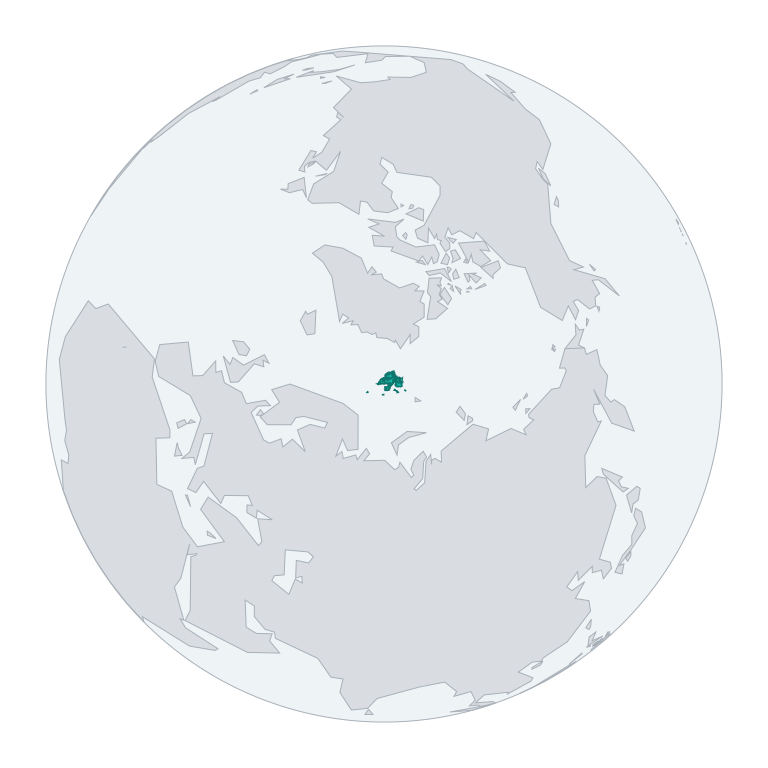 Svalbard on an orthographic globe, rotated 67°
{"feature_id": "NOR-901", "entity_name": "Svalbard", "entity_type": "Territory", "adm_level": 1, "iso_a3": "NOR", "parent_name": "Norway", "parent_adm1": "", "projection": "orthographic", "projection_center": [18.37, 77.559], "detail": "fine", "context": "on_globe", "style": "filled", "palette": "teal", "viewbox_px": 768, "rotation_deg": 67, "n_neighbors": 0, "source": "natural_earth", "source_scale": "10m", "svg_char_len": 16900}
<svg xmlns="http://www.w3.org/2000/svg" viewBox="0 0 768 768"><g transform="rotate(67 384 384)"><circle cx="384" cy="384" r="338" fill="#eef3f6" stroke="#a8b0b8"/><path d="M48.9,340.4L48.4,347.6L51.8,336.2L53.4,327.7L53.1,322.2L61.1,292.6L67.7,279.5L111.5,195.7L120.2,186.3L126.9,183.9L174.5,153.8L138.6,169.4L150.8,158.7L166.7,149.3L165.3,153.3L186.0,146.5L201.5,137.7L228.1,136.6L248.6,153.9L239.1,156.2L245.1,160.3L257.4,157.8L264.0,155.2L301.5,167.7L342.8,165.0L354.2,154.8L353.0,164.5L373.5,139.4L394.8,133.0L371.7,146.0L370.0,151.8L385.0,150.2L386.6,155.9L394.8,158.5L395.3,165.5L381.8,172.8L381.9,177.6L392.5,176.2L399.7,182.6L384.1,183.8L395.2,195.1L374.5,209.9L332.3,208.5L321.7,223.4L280.5,240.0L285.2,244.7L272.5,254.3L273.1,263.3L265.3,264.0L272.6,270.7L279.6,268.3L285.1,270.5L286.1,275.7L276.3,277.5L274.4,275.1L272.0,278.3L266.7,277.0L269.9,280.6L257.9,282.2L271.2,288.4L262.8,296.2L254.5,295.2L253.6,285.1L232.3,258.7L223.6,255.0L212.2,259.6L194.2,289.4L185.3,289.7L174.5,297.5L180.1,301.8L190.6,297.4L198.3,307.7L210.2,301.2L215.1,304.6L228.0,302.2L227.8,313.6L220.6,326.0L209.9,328.6L206.4,334.2L218.0,340.8L199.5,354.6L189.6,379.6L184.6,382.2L172.3,370.5L168.7,347.3L152.8,333.0L164.8,353.5L152.1,359.9L150.7,365.7L152.4,372.1L157.9,374.1L153.9,378.8L140.5,360.0L143.9,355.4L148.2,361.4L146.4,350.6L137.3,338.4L131.6,342.8L123.9,320.4L119.7,323.3L115.7,320.2L122.8,317.0L109.8,322.5L99.8,298.6L81.8,307.6L97.6,287.8L102.2,274.6L106.1,259.4L103.0,260.5L112.3,239.5L113.7,223.3L103.9,221.4L92.4,232.1L83.1,254.8L85.1,259.4L81.0,275.6L73.7,269.7L64.9,299.8L59.9,301.7L55.9,312.8L54.0,326.9L51.3,343.5L52.9,351.5L54.0,367.6L50.3,372.1L53.8,378.2L52.4,390.1L56.8,425.4L55.5,423.6L58.6,458.5L67.9,492.9L70.1,503.5L68.4,501.6L73.0,513.3L73.1,514.7L96.7,560.6L113.2,585.8L114.5,587.9L100.8,568.3L88.5,547.9L77.7,526.6L68.3,504.6L60.6,482.1L54.5,459.0L50.0,435.5L47.2,411.8L46.1,388.0L46.7,364.1L48.9,340.4ZM350.9,49.9L352.1,50.8L346.2,50.9L350.9,49.9ZM356.4,51.0L355.2,50.8L356.9,50.9L356.4,51.0ZM359.9,50.9L357.4,51.0L360.3,50.8L359.9,50.9ZM364.8,50.7L362.2,50.9L362.5,50.8L364.8,50.7ZM77.0,308.0L67.4,345.0L68.0,326.2L68.7,329.2L72.2,319.3L77.0,302.2L78.9,286.2L77.0,308.0ZM372.1,50.9L374.0,51.0L371.6,51.2L372.1,50.9ZM83.6,319.6L84.8,313.5L84.3,319.2L83.6,319.6ZM266.8,153.1L257.5,157.2L245.8,157.5L253.3,153.4L266.8,153.1ZM289.2,154.0L285.3,157.3L279.0,152.1L283.2,151.8L289.2,154.0ZM362.0,146.4L354.1,148.1L361.2,144.6L362.0,146.4ZM395.8,157.6L397.5,155.4L401.0,157.7L395.8,157.6ZM227.3,296.2L227.6,299.1L225.0,298.0L227.3,296.2ZM232.5,292.5L229.3,289.1L231.3,286.8L233.3,288.9L232.5,292.5ZM405.1,170.6L410.2,175.2L402.7,171.8L405.1,170.6ZM236.0,297.2L235.3,283.2L239.0,279.3L249.4,284.2L236.0,297.2ZM411.6,178.6L424.1,189.7L429.0,185.6L422.2,203.6L413.8,188.1L403.8,184.6L410.6,183.1L411.6,178.6ZM281.4,265.4L273.9,268.1L279.2,261.0L281.4,265.4ZM283.4,260.3L291.7,235.9L303.1,234.7L298.0,243.0L312.2,237.6L313.7,249.0L306.3,254.5L298.6,253.0L305.0,258.5L283.4,260.3ZM416.5,211.9L417.5,215.8L413.8,213.2L416.5,211.9ZM287.7,270.9L288.3,266.0L298.4,264.5L298.9,274.0L295.5,271.4L287.7,270.9ZM315.1,230.8L322.6,231.4L325.9,240.8L329.3,242.3L314.7,249.1L315.1,230.8ZM293.7,274.4L298.9,278.9L295.1,284.4L287.8,275.6L293.7,274.4ZM300.7,260.1L305.5,259.9L303.0,263.1L300.7,260.1ZM284.5,306.6L285.1,300.6L290.3,299.3L284.5,306.6ZM301.1,280.2L302.4,278.3L304.5,277.2L307.0,281.2L301.1,280.2ZM318.1,255.3L317.9,259.1L324.2,253.0L327.0,259.8L316.7,263.2L322.3,264.6L323.1,266.8L313.8,267.2L318.1,255.3ZM316.0,281.9L303.9,288.7L301.8,300.0L297.0,301.5L301.4,283.1L316.0,281.9ZM315.5,273.2L314.8,278.9L309.3,277.7L306.4,273.1L315.5,273.2ZM332.5,263.3L330.9,251.9L333.2,251.6L332.5,263.3ZM316.5,285.4L319.4,283.7L316.9,286.3L316.5,285.4ZM328.8,270.3L327.9,266.3L330.6,266.0L328.8,270.3ZM325.9,283.7L322.0,285.8L319.9,282.7L325.9,283.7ZM328.1,277.7L331.9,278.3L321.5,280.3L327.3,276.0L328.1,277.7ZM331.4,270.7L332.7,269.3L331.4,272.5L331.4,270.7ZM336.0,294.3L323.4,297.5L318.8,290.6L331.7,288.4L336.0,294.3ZM355.9,720.7L356.7,720.8L354.1,719.8L327.8,710.7L333.7,705.9L326.3,701.9L311.2,699.9L302.5,694.3L293.2,691.9L234.5,673.3L215.9,658.8L191.9,623.7L202.0,619.8L202.6,606.6L271.2,585.5L287.1,594.7L342.6,599.0L349.8,602.1L344.8,615.1L387.7,632.3L399.7,621.3L437.1,625.1L461.0,619.3L466.8,592.6L427.7,601.8L419.4,590.1L449.6,571.9L483.6,562.8L481.5,558.0L458.7,552.9L465.3,539.9L450.7,550.0L457.6,553.9L448.6,560.4L441.8,557.3L444.4,552.7L433.8,552.6L424.2,574.5L430.2,580.9L403.1,588.1L410.4,599.5L403.5,605.7L388.7,588.8L389.2,581.8L362.5,561.2L359.6,569.1L384.5,589.2L377.3,587.8L373.5,599.1L370.7,589.4L344.2,565.8L319.0,566.8L289.0,588.4L273.8,585.8L260.1,575.0L268.9,547.8L301.9,556.7L305.4,547.6L297.0,529.9L307.7,534.3L308.3,528.3L320.5,530.4L336.1,518.3L348.3,518.5L352.7,499.4L359.5,497.0L355.0,508.9L358.3,517.4L388.4,516.7L393.8,512.4L394.2,500.1L402.4,501.6L399.0,489.9L415.5,482.9L392.5,481.7L392.4,467.6L401.4,455.8L397.3,451.0L382.6,470.4L380.5,478.3L385.2,485.5L375.8,507.4L365.8,510.8L360.1,487.3L345.3,489.6L347.3,470.6L385.7,429.5L402.5,420.0L434.0,433.5L431.0,443.6L418.3,443.7L431.6,456.5L429.8,449.2L436.6,450.6L438.3,437.8L443.2,438.2L436.3,425.4L442.6,424.5L446.8,432.6L454.5,413.2L467.0,407.7L466.4,403.2L462.2,399.9L480.8,395.4L479.5,392.2L472.9,392.5L466.1,386.5L461.2,374.2L467.9,373.3L470.6,377.6L486.2,385.4L492.3,397.3L494.5,395.7L490.9,385.2L471.8,375.6L467.0,368.5L476.6,371.6L472.7,369.9L472.4,366.1L478.4,361.6L468.1,357.6L455.8,317.8L466.2,305.3L476.1,312.3L474.6,284.4L486.4,273.0L480.3,273.2L475.5,260.2L471.7,263.6L468.4,262.7L454.3,231.6L456.1,223.8L443.1,211.1L440.0,211.2L437.9,216.3L422.2,203.6L429.0,185.6L435.8,186.1L435.5,174.6L451.0,177.6L463.7,174.9L480.9,185.1L489.4,182.2L488.3,178.1L499.0,171.3L525.1,172.1L509.0,189.7L470.9,193.1L486.9,193.2L484.7,198.7L491.4,202.2L502.6,201.9L502.9,198.4L528.4,227.1L558.2,238.8L552.5,224.0L557.5,216.4L586.5,217.9L629.4,254.2L636.5,245.3L642.6,246.6L649.0,258.2L640.3,256.6L639.1,266.0L633.2,263.5L640.6,281.9L632.4,279.1L642.1,295.0L647.7,291.8L644.3,276.4L656.2,291.7L663.5,280.0L673.7,282.6L692.9,316.0L698.3,344.5L700.6,347.5L697.9,356.2L701.7,372.9L712.6,361.7L714.9,364.6L717.6,391.4L716.3,390.1L709.3,413.3L713.3,424.1L718.9,407.9L721.0,406.2L719.0,420.5L716.3,423.0L713.7,431.1L710.6,423.5L701.1,424.1L698.9,441.6L695.4,437.3L682.1,444.6L676.8,469.3L670.8,513.3L676.1,525.9L671.4,541.4L650.6,545.1L639.5,537.0L633.1,547.4L610.8,552.1L575.7,583.3L569.6,581.8L563.3,589.4L547.4,594.2L537.7,590.1L528.6,596.2L554.0,605.9L563.7,599.0L570.3,584.6L575.7,589.7L590.9,585.2L577.8,614.5L523.9,659.6L517.0,651.0L467.5,629.3L468.1,624.0L467.8,623.4L467.1,622.6L464.3,631.8L455.2,625.4L483.4,646.9L488.9,656.2L523.2,660.6L520.4,663.5L531.0,661.9L562.8,640.3L563.3,643.5L549.3,665.4L503.8,697.3L508.9,697.9L508.3,698.2L483.9,706.8L458.8,713.5L433.4,718.3L407.6,721.1L381.8,721.9L355.9,720.7ZM249.4,606.3L248.0,610.5L249.4,606.3ZM521.2,564.1L540.5,553.8L528.9,541.9L535.3,537.0L529.0,534.8L528.0,541.1L512.1,533.6L519.3,523.3L515.5,516.5L508.8,519.7L498.1,539.7L520.7,550.5L517.6,559.9L521.2,564.1ZM57.0,426.4L57.1,431.5L56.0,425.9L57.0,426.4ZM65.6,325.0L64.7,332.3L63.4,336.6L63.6,331.3L65.6,325.0ZM64.6,385.6L64.8,394.2L63.5,385.9L64.6,385.6ZM66.4,350.8L64.3,378.8L61.9,363.3L63.6,345.6L63.9,356.9L66.4,350.8ZM78.8,318.3L77.8,323.0L76.4,322.4L78.8,318.3ZM83.1,323.8L83.2,322.1L84.8,319.4L83.1,323.8ZM152.9,360.9L153.8,362.6L154.4,369.2L151.9,366.6L152.9,360.9ZM170.9,396.4L164.1,403.2L167.2,396.4L162.2,393.9L162.6,376.8L182.1,382.6L173.2,382.9L170.9,396.4ZM168.4,355.8L166.0,365.8L167.9,354.7L168.4,355.8ZM299.5,493.9L304.2,499.5L300.3,505.9L284.8,506.3L290.3,496.8L299.5,493.9ZM311.8,505.9L310.3,482.7L319.9,481.8L314.8,486.2L321.2,487.9L314.7,495.5L325.2,517.4L322.5,524.6L295.4,521.0L305.8,518.1L300.6,512.8L311.8,505.9ZM289.9,427.3L289.4,417.8L310.7,428.0L308.7,435.7L293.2,436.4L286.4,427.7L289.9,427.3ZM254.6,308.9L253.1,304.9L255.8,304.4L259.3,307.3L254.6,308.9ZM284.4,303.9L264.3,325.5L261.5,322.1L253.1,339.1L242.5,336.7L248.2,325.7L233.8,336.8L234.7,326.0L225.7,334.5L239.7,310.3L240.0,301.2L243.7,312.2L253.5,314.6L257.8,312.9L270.3,301.2L275.7,283.0L286.3,282.6L292.3,287.2L292.6,291.5L285.7,290.4L291.1,297.0L281.2,298.6L284.4,303.9ZM357.0,344.2L348.7,340.5L358.0,355.1L348.2,356.4L349.9,358.0L343.3,363.3L338.4,372.5L333.7,371.6L333.8,375.6L329.5,379.3L328.0,384.5L319.1,384.8L316.6,391.3L313.8,387.7L311.9,398.9L309.4,390.7L303.5,394.8L309.1,400.5L264.7,390.0L248.1,392.3L235.6,398.8L232.9,384.1L242.9,368.9L259.2,355.7L275.6,355.8L271.4,349.3L278.0,347.4L278.5,353.3L281.7,343.2L287.2,343.3L301.7,332.1L302.7,317.7L308.0,313.4L310.4,319.1L314.0,310.8L322.1,318.7L326.1,315.8L338.1,320.9L340.4,333.8L344.7,329.6L353.9,333.4L357.0,344.2ZM339.2,296.0L344.2,310.9L341.3,319.0L321.7,306.8L316.9,308.3L304.2,301.1L308.8,289.5L312.0,292.7L316.1,293.0L313.1,296.5L318.6,294.0L323.2,298.2L328.8,297.5L328.9,302.5L339.2,296.0ZM357.1,597.3L362.5,598.2L370.8,597.8L368.5,605.0L357.1,597.3ZM338.8,581.6L343.5,581.1L344.4,590.9L338.8,590.0L338.8,581.6ZM345.4,572.7L343.7,580.3L341.3,575.7L345.4,572.7ZM359.3,507.8L364.3,506.6L365.1,509.4L362.7,513.6L359.3,507.8ZM382.3,388.4L378.1,384.8L379.4,382.8L375.6,371.1L382.6,369.3L387.6,375.7L382.3,388.4ZM460.6,599.0L454.2,605.6L450.4,604.2L453.3,602.2L460.6,599.0ZM409.5,608.3L421.5,610.0L408.7,610.2L409.5,608.3ZM389.3,384.5L386.9,379.8L391.9,381.8L389.3,384.5ZM387.5,367.4L393.2,368.6L383.0,367.7L387.5,367.4ZM718.7,430.8L711.7,451.4L714.5,439.4L720.9,409.9L720.6,413.3L720.8,411.7L718.7,430.8ZM721.9,379.9L721.9,380.1L721.6,374.0L721.3,365.5L715.5,325.3L714.4,315.5L717.3,328.7L716.8,325.5L720.5,352.6L721.9,379.9ZM677.4,525.3L683.9,523.3L680.7,530.6L677.4,525.3ZM709.7,307.0L714.4,323.4L709.0,307.1L709.7,307.0ZM704.5,295.9L706.0,296.6L705.5,300.6L704.5,295.9ZM703.9,349.9L704.4,359.3L702.8,358.5L701.1,345.9L703.9,349.9ZM681.5,285.1L687.8,288.4L690.1,291.2L687.3,293.4L681.5,285.1ZM445.4,364.0L442.9,382.2L445.7,394.4L454.5,399.8L441.0,400.1L436.7,381.3L445.4,364.0ZM453.9,323.5L446.1,319.1L450.0,316.0L452.4,316.6L453.9,323.5ZM448.8,324.4L438.2,328.6L434.2,322.8L443.3,320.7L448.8,324.4ZM413.9,356.8L412.6,362.3L408.6,360.5L413.9,356.8ZM705.6,280.8L707.0,288.1L709.9,298.2L702.4,276.3L702.5,272.8L705.6,280.8ZM704.2,283.6L707.2,293.0L703.1,282.2L704.2,283.6ZM707.0,294.3L705.5,293.5L704.1,287.1L707.0,294.3ZM703.1,279.3L699.7,274.8L700.5,273.1L703.1,279.3ZM701.7,292.6L701.5,281.0L704.6,298.5L697.0,294.0L695.1,285.9L701.7,292.6ZM642.4,228.9L638.6,229.6L634.8,222.3L638.5,223.8L642.4,228.9ZM618.6,199.6L632.5,220.6L643.0,238.1L643.2,233.4L651.9,239.1L647.6,245.0L635.0,231.4L628.4,218.5L620.5,215.2L611.4,205.2L602.9,205.6L596.7,201.0L602.4,196.8L618.6,199.6ZM599.4,206.4L581.1,204.2L577.0,191.3L580.1,188.9L590.2,195.3L591.8,201.7L599.4,206.4ZM575.5,199.9L576.8,206.1L552.8,217.3L546.7,216.5L562.8,200.9L564.9,206.0L571.5,205.6L575.5,199.9ZM420.8,214.5L417.8,215.7L419.0,212.4L420.8,214.5ZM466.5,264.9L462.2,263.2L463.7,259.3L466.5,264.9ZM451.1,256.4L452.4,261.9L448.3,256.4L451.1,256.4ZM455.7,274.4L451.5,264.3L459.5,273.4L455.7,274.4Z" fill="#d9dde1" stroke="#a8b0b8" stroke-width="1"/><path d="M386.6,377.6L385.6,377.7L385.4,378.0L385.5,378.3L384.7,378.7L384.8,379.2L384.7,379.7L384.9,380.0L384.7,380.3L384.9,380.8L384.5,381.2L384.0,381.3L384.2,381.5L384.0,382.0L384.1,382.7L383.9,383.9L383.9,384.2L383.0,384.7L382.6,387.0L382.3,387.0L382.6,387.4L382.0,388.5L382.4,389.1L381.9,389.8L381.4,389.5L381.2,389.8L381.2,389.0L380.2,387.9L380.5,387.5L381.2,387.6L381.6,387.3L381.2,387.3L380.9,386.7L380.7,386.8L380.7,387.1L380.0,387.1L379.6,386.4L378.9,386.1L378.4,384.7L378.4,384.4L378.5,384.4L378.3,383.9L379.0,383.7L379.2,384.0L379.3,384.2L379.8,383.8L380.8,384.1L381.2,384.6L381.4,384.5L380.8,383.8L379.4,383.2L381.5,382.5L382.4,382.7L382.0,382.1L382.3,381.7L381.9,382.2L380.8,382.3L380.5,382.0L379.9,382.5L378.8,382.5L378.5,382.8L378.2,382.6L378.3,382.3L378.1,382.0L378.2,381.2L378.2,380.8L378.6,380.6L379.0,381.4L379.1,381.1L379.0,380.7L380.0,380.6L379.9,380.5L380.5,379.9L380.8,380.1L380.8,379.9L380.7,379.6L380.9,379.3L382.3,379.3L382.7,378.8L382.2,379.1L381.6,378.7L382.2,377.6L381.9,377.1L381.7,377.5L381.6,378.0L381.2,378.5L380.5,378.6L380.3,377.8L380.6,377.5L380.7,377.0L380.6,376.7L380.6,376.3L380.4,376.9L380.4,377.4L380.1,377.8L379.9,377.5L379.9,377.2L379.9,376.9L379.5,377.2L379.6,377.4L379.6,378.0L379.3,378.3L379.7,379.0L379.2,378.9L379.1,379.1L379.2,379.4L378.8,379.8L378.9,379.5L378.7,379.5L378.7,379.9L378.5,379.6L378.6,379.9L377.5,379.9L377.5,379.6L377.5,379.4L377.5,379.0L376.9,378.2L377.9,377.9L377.1,377.8L376.5,377.2L376.3,376.5L376.5,376.1L376.1,375.2L377.4,375.7L377.3,375.2L376.9,375.3L376.8,375.2L377.0,375.1L376.5,374.7L376.9,373.9L377.1,373.9L377.1,373.7L377.2,373.4L376.9,373.4L376.9,373.7L376.8,373.8L376.7,373.2L376.5,373.4L376.7,374.0L376.1,374.4L376.1,373.6L375.8,372.8L375.9,372.7L376.0,372.2L375.8,371.8L376.3,371.7L376.0,371.5L376.2,371.2L376.7,371.3L376.5,370.9L376.6,370.4L376.8,370.6L376.9,370.3L377.2,370.1L377.3,371.1L377.6,371.2L377.7,370.9L377.5,370.4L377.8,370.3L377.9,370.8L379.3,370.1L379.4,370.4L379.4,370.8L379.1,371.1L378.4,371.2L377.7,371.8L378.8,371.8L378.5,372.2L378.5,372.5L378.9,372.5L379.3,373.8L379.4,373.3L379.2,372.1L379.7,371.7L380.0,370.6L380.3,370.8L380.7,371.9L380.7,372.3L380.9,373.5L381.1,374.0L381.0,374.5L381.0,374.8L381.2,374.5L381.5,375.1L381.5,375.5L381.8,376.0L381.9,375.9L381.6,374.6L381.6,374.1L381.4,373.6L381.3,372.3L381.4,372.1L381.1,370.9L381.2,370.3L381.7,370.3L381.5,369.9L381.6,369.5L381.9,369.2L382.2,369.3L382.4,370.3L382.6,369.8L382.9,369.9L383.7,371.2L383.2,372.3L383.3,372.3L383.4,372.6L383.4,373.0L383.2,373.3L383.5,373.1L383.7,372.0L384.0,371.8L384.4,372.3L384.6,372.9L384.6,373.2L384.5,373.4L384.6,373.6L384.2,374.0L384.5,374.0L384.6,374.6L385.6,374.5L385.8,375.1L385.7,375.4L387.6,376.4L387.6,376.6L387.5,377.2L387.5,377.4L386.7,377.3L386.6,377.6ZM393.0,368.4L392.9,369.1L393.1,369.4L393.1,369.7L391.9,371.3L392.1,371.9L392.0,372.4L391.4,373.1L391.1,372.9L390.5,373.3L390.5,373.8L390.3,374.1L389.0,374.0L388.7,373.5L388.7,373.2L388.9,372.8L386.7,373.2L386.5,372.7L386.0,372.7L385.4,372.2L385.3,371.9L385.9,371.7L387.0,372.1L386.2,371.4L387.7,371.2L388.2,370.7L384.4,371.2L383.7,370.2L384.3,369.9L384.3,369.7L384.2,369.7L384.3,369.5L384.4,369.8L384.6,369.3L383.9,369.3L383.8,369.1L384.0,369.1L383.4,368.8L383.7,368.5L384.4,368.5L384.3,368.4L384.9,369.1L385.2,368.7L384.9,368.4L384.6,367.6L385.3,368.3L385.5,368.3L385.3,368.1L385.5,367.6L385.4,367.5L385.5,367.3L385.1,367.2L385.1,366.8L385.3,367.0L385.3,366.6L385.6,366.8L385.7,367.4L386.0,367.1L386.2,367.8L386.5,367.7L386.4,368.0L386.5,368.3L387.5,367.9L387.5,368.2L387.3,368.8L387.7,368.8L388.0,369.6L388.1,369.2L388.2,369.4L388.0,369.1L388.1,368.8L388.1,367.9L388.2,367.7L387.9,367.2L388.0,366.9L388.2,367.3L388.3,367.5L388.3,367.3L388.4,367.0L388.3,366.4L388.9,366.8L388.7,367.1L388.9,367.4L388.7,368.0L388.7,368.5L388.8,368.7L388.7,368.4L389.0,368.3L389.1,368.5L389.0,368.2L389.2,368.6L389.5,368.3L389.3,367.8L389.3,367.5L389.6,367.7L389.8,367.7L390.0,367.4L389.7,367.3L389.8,367.1L390.2,367.4L390.1,367.6L390.1,367.8L390.4,367.2L390.4,367.3L390.4,367.8L390.9,367.5L391.4,367.9L391.4,368.1L392.5,368.0L393.0,368.4ZM391.5,382.0L391.0,384.0L390.4,384.8L390.3,385.5L389.2,385.4L389.3,385.1L389.2,384.6L389.6,383.8L389.4,384.1L389.4,383.9L389.2,383.7L388.9,384.2L387.5,384.6L387.2,384.5L387.3,384.3L387.1,384.0L387.6,383.6L387.6,382.9L388.1,381.8L387.0,380.8L388.0,380.0L389.5,379.7L390.2,380.2L389.8,380.6L389.7,380.9L389.8,381.2L390.5,381.9L391.3,381.5L391.5,382.0ZM388.7,379.7L386.7,380.2L386.9,379.7L386.5,379.5L386.7,379.3L386.7,379.0L386.1,378.6L387.1,378.1L387.3,377.6L387.7,377.9L388.3,377.7L388.5,378.4L388.5,378.7L388.7,379.7ZM376.5,379.6L376.2,379.6L376.2,379.3L376.2,379.1L375.7,378.3L375.3,376.8L375.0,376.3L375.1,375.8L375.1,375.5L375.6,376.0L375.7,376.6L375.6,376.8L375.8,377.3L375.7,377.8L375.9,377.7L376.3,378.3L376.5,379.6ZM397.2,367.5L399.1,366.3L398.5,367.0L397.2,367.5ZM395.3,374.7L396.8,374.9L394.8,375.6L395.3,374.7ZM385.9,374.7L386.3,374.7L386.8,375.1L386.2,375.5L385.9,375.2L386.0,375.1L385.9,374.7ZM385.2,401.9L385.4,402.3L385.1,402.9L384.7,402.2L385.2,401.9ZM394.0,376.5L393.7,377.0L393.2,376.2L393.4,376.0L394.0,376.5ZM384.1,368.2L383.8,367.9L383.9,367.5L384.4,367.8L384.1,368.2ZM385.4,373.2L386.0,373.4L385.5,373.5L385.4,373.2ZM393.6,388.4L393.8,388.5L393.1,390.1L393.2,389.5L393.6,388.4ZM376.0,370.7L376.3,371.1L376.0,371.2L376.0,370.9L376.0,370.7ZM386.3,365.6L386.0,365.0L386.5,365.3L386.3,365.6ZM386.7,365.7L386.9,365.5L386.7,365.7ZM376.3,370.7L375.9,370.5L376.3,370.6L376.3,370.7ZM389.7,366.7L389.9,367.0L389.7,367.1L389.7,366.7ZM385.6,366.7L385.4,366.6L385.7,366.5L385.6,366.7ZM389.8,366.4L389.7,366.6L389.5,366.4L389.8,366.4ZM397.1,374.1L397.3,374.1L397.2,374.4L397.1,374.1ZM386.3,365.7L386.2,365.8L386.0,365.7L386.3,365.7Z" fill="#14b8a6" stroke="#0f766e" stroke-width="1.5"/></g></svg>